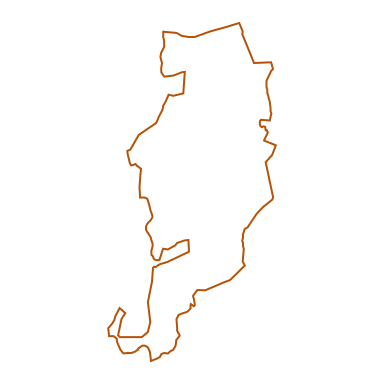 Buji, Jigawa, Nigeria (Equal Earth projection)
{"feature_id": "59680162B86414227144381", "entity_name": "Buji", "entity_type": "district", "adm_level": 2, "iso_a3": "NGA", "parent_name": "Nigeria", "parent_adm1": "Jigawa", "projection": "equal_earth", "projection_center": [9.704, 11.546], "detail": "fine", "context": "isolated", "style": "outline", "palette": "amber", "viewbox_px": 384, "rotation_deg": 0, "n_neighbors": 0, "source": "geoboundaries", "source_scale": "gbopen_adm2", "svg_char_len": 3474}
<svg xmlns="http://www.w3.org/2000/svg" viewBox="0 0 384 384"><path d="M151.0,361.0L154.6,359.5L156.6,358.8L157.0,358.5L159.9,357.0L161.3,354.1L164.1,353.0L167.9,353.5L170.4,351.2L173.1,349.9L174.3,348.0L175.6,345.7L176.2,341.3L176.3,339.8L177.1,339.1L178.5,337.1L179.7,335.7L179.3,334.6L178.4,333.0L178.0,332.7L177.9,331.9L177.5,331.3L177.0,330.4L177.2,328.7L176.6,320.7L176.5,319.1L178.8,314.8L183.4,313.0L184.6,312.7L186.1,312.2L187.5,311.6L189.4,309.6L190.7,308.0L190.5,306.4L190.6,304.9L190.9,304.1L193.7,306.2L194.7,305.5L194.7,304.0L194.5,302.4L194.0,299.4L193.0,295.9L197.3,290.0L205.2,290.3L223.1,282.7L230.1,280.0L236.0,274.3L243.4,266.9L244.8,265.7L242.7,261.4L243.8,249.0L243.3,246.8L243.0,246.0L243.0,242.9L242.2,240.9L242.5,239.5L243.0,237.8L242.9,234.7L244.7,229.0L247.6,227.4L251.3,221.8L251.8,221.0L256.4,214.1L262.9,207.2L263.2,206.9L266.0,204.7L272.4,199.5L273.1,197.3L265.7,162.2L272.2,154.9L275.8,145.3L264.1,140.6L264.6,139.2L266.1,136.1L266.3,135.8L267.6,133.0L267.8,132.4L267.6,131.6L267.0,131.0L267.0,130.7L266.9,130.3L266.7,130.2L266.4,130.1L266.2,130.1L265.9,130.2L265.7,130.2L265.6,129.7L265.6,129.2L265.5,128.9L265.4,128.4L265.1,127.2L265.1,126.9L264.8,126.7L264.3,126.6L263.9,126.5L263.6,126.4L262.8,126.6L262.4,126.8L262.0,127.2L261.7,127.2L260.3,125.8L259.9,124.4L259.8,122.3L260.0,121.0L261.0,119.8L269.8,120.5L270.6,116.6L271.4,113.5L270.6,111.5L270.5,107.4L269.7,101.3L268.9,99.2L268.1,95.2L267.3,93.1L267.3,90.1L266.7,87.8L266.5,87.0L266.5,81.9L266.5,80.7L271.1,71.1L273.0,69.1L271.1,62.3L254.0,63.0L251.6,57.0L242.3,34.2L242.7,31.3L239.2,23.0L226.2,27.0L220.5,28.6L216.0,29.8L209.7,31.6L195.0,36.9L189.2,37.1L181.7,35.8L176.8,33.0L174.1,32.7L168.0,32.2L163.3,31.7L163.2,37.0L164.1,40.6L164.2,46.7L162.7,49.8L161.1,52.9L160.4,57.0L161.2,60.1L162.0,63.1L161.2,68.3L161.3,72.3L164.3,76.7L168.8,76.1L173.7,75.5L181.8,72.3L184.3,72.0L184.8,71.9L183.3,93.4L176.1,95.1L173.3,95.8L172.8,95.7L168.6,94.7L167.6,97.1L165.5,101.8L163.1,105.9L163.1,107.1L162.3,110.2L160.1,114.3L158.5,117.4L157.0,121.5L155.5,123.6L154.1,124.4L138.7,135.0L136.6,138.7L130.3,149.7L127.3,150.9L127.8,154.7L129.0,159.6L129.8,163.1L131.1,165.4L132.7,165.2L135.5,164.0L136.9,165.7L141.0,168.8L140.3,176.4L139.8,182.9L139.5,187.0L140.1,197.6L143.4,197.5L145.4,197.7L147.4,199.0L147.9,200.5L149.6,206.5L149.8,207.5L150.5,210.5L151.9,214.2L152.5,216.3L152.2,217.7L151.2,219.3L150.1,220.9L148.6,222.2L147.2,224.0L146.0,226.4L146.0,229.2L146.9,231.6L148.2,233.2L149.5,235.4L150.7,237.4L151.5,240.6L152.5,243.3L152.7,245.2L152.4,247.0L151.9,249.0L151.3,250.7L151.5,255.0L153.0,256.3L153.5,258.2L154.4,259.4L156.9,260.3L159.5,259.9L159.6,259.4L163.1,248.7L167.5,249.4L167.8,249.5L175.2,245.4L177.2,242.9L184.4,240.5L188.4,240.0L188.8,247.9L189.0,250.3L188.7,252.0L185.2,253.5L180.0,256.0L177.2,257.3L173.9,259.0L171.0,260.2L169.0,261.2L167.8,261.9L166.5,262.2L165.2,262.7L160.2,264.1L158.2,265.2L157.1,266.0L156.4,266.7L155.2,267.0L154.1,266.7L153.0,267.8L152.0,281.7L147.9,302.1L150.3,322.1L147.8,332.1L142.1,336.9L141.8,337.1L120.0,337.1L118.1,335.3L121.5,319.0L125.3,313.1L122.7,310.8L119.6,308.1L115.3,316.4L114.3,320.1L112.1,323.7L111.8,324.1L108.2,328.2L109.1,336.1L113.4,336.1L116.6,338.4L117.2,342.3L120.4,349.7L123.3,353.4L127.0,353.1L127.8,352.8L128.0,353.1L131.7,352.9L135.4,351.5L136.7,350.3L137.6,350.2L138.1,349.7L138.1,348.8L139.3,347.7L142.5,345.6L142.8,345.6L145.1,345.7L147.8,347.3L149.9,351.8L151.0,361.0Z" fill="none" stroke="#b45309" stroke-width="2"/></svg>